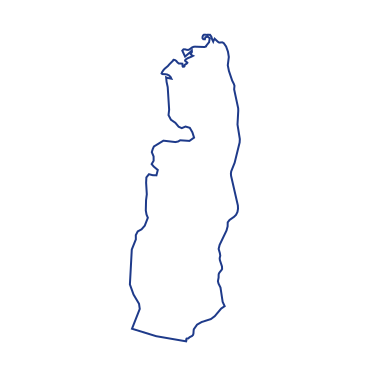 the Region of Mtwara, rotated 296°
{"feature_id": "TZA-3388", "entity_name": "Mtwara", "entity_type": "Region", "adm_level": 1, "iso_a3": "TZA", "parent_name": "United Republic of Tanzania", "parent_adm1": "", "projection": "orthographic", "projection_center": [39.572, -10.772], "detail": "fine", "context": "isolated", "style": "outline", "palette": "blue", "viewbox_px": 384, "rotation_deg": 296, "n_neighbors": 0, "source": "natural_earth", "source_scale": "10m", "svg_char_len": 2554}
<svg xmlns="http://www.w3.org/2000/svg" viewBox="0 0 384 384"><g transform="rotate(296 192 192)"><path d="M339.7,155.3L337.7,158.9L333.9,162.8L329.5,165.9L321.6,168.6L317.0,172.1L309.8,179.2L307.5,182.2L306.1,183.6L302.7,184.9L287.5,196.8L285.2,198.0L272.6,203.3L260.5,211.8L257.4,213.1L237.0,217.5L227.7,218.2L225.6,218.9L223.7,220.0L199.9,239.2L197.1,240.7L194.0,241.6L190.8,241.6L188.2,240.7L183.3,238.0L180.4,237.4L176.7,239.1L172.5,239.9L156.6,240.0L152.5,240.9L149.3,243.8L147.2,245.3L144.6,245.9L143.0,246.9L138.2,251.6L136.0,252.8L134.7,252.7L132.1,252.1L130.6,251.9L129.3,252.2L126.8,253.4L123.2,254.4L121.3,256.0L118.6,259.5L106.7,267.7L103.7,271.4L100.0,269.3L90.4,266.9L86.1,264.7L79.4,257.7L75.0,254.7L69.4,253.8L68.2,254.2L65.5,255.3L64.1,255.6L62.7,255.2L60.3,253.4L59.1,253.0L58.7,252.8L58.1,251.7L57.9,251.4L57.1,251.4L56.5,251.7L56.2,252.0L55.2,252.2L46.7,223.0L42.8,198.0L64.0,196.3L68.3,193.4L74.2,184.4L81.7,176.7L113.9,163.1L124.8,162.3L128.6,160.4L132.8,160.5L136.3,163.0L141.0,164.3L149.5,163.6L151.8,161.0L155.1,158.6L164.5,154.3L170.1,152.4L180.2,146.7L185.1,144.6L189.1,145.5L189.9,149.4L191.4,152.7L196.8,151.6L198.1,146.4L199.4,143.5L203.3,143.8L207.1,141.9L210.2,138.4L213.3,137.9L216.2,137.8L225.6,143.8L229.6,155.2L231.3,157.4L233.3,158.7L236.8,167.3L241.8,170.0L245.8,166.2L248.7,161.9L248.0,157.5L244.9,154.8L244.8,151.4L246.9,146.7L247.7,141.4L250.8,137.2L255.9,135.4L275.6,124.2L279.8,120.9L283.7,118.5L283.8,120.1L284.8,123.8L286.0,122.3L286.7,120.3L286.7,118.1L286.1,116.2L285.0,113.7L285.2,112.7L286.7,112.6L289.0,112.9L290.8,113.4L294.6,115.1L296.9,115.7L301.8,117.4L302.4,117.3L302.8,117.5L303.1,118.8L302.9,120.4L302.1,122.1L301.7,123.9L302.7,126.0L303.1,127.1L302.2,127.7L301.0,128.3L300.6,129.0L301.3,130.0L301.9,130.1L302.5,129.8L303.1,129.7L305.2,131.0L306.1,131.2L306.5,130.2L306.6,128.9L307.0,128.2L307.7,128.1L309.0,128.6L310.5,129.6L313.3,132.1L314.8,133.2L314.8,132.1L315.0,131.3L315.3,130.6L315.7,129.8L316.6,130.4L317.3,130.6L318.1,130.4L319.1,129.8L317.0,129.1L310.7,126.4L314.8,121.3L316.5,121.8L317.2,123.2L317.5,125.0L318.2,126.5L319.2,127.3L322.0,128.7L323.2,129.8L323.9,130.9L327.8,139.7L329.0,140.8L329.3,140.6L333.4,141.5L334.0,141.7L337.9,140.6L338.5,138.1L337.0,136.2L334.9,136.6L334.3,135.2L334.8,134.1L335.9,133.5L337.4,133.3L338.5,133.7L339.1,134.7L339.5,136.0L340.2,137.1L341.2,139.3L340.1,141.3L338.1,143.1L336.5,145.1L337.3,145.0L338.9,145.1L339.7,145.1L338.4,149.3L338.2,150.6L338.5,151.6L339.2,152.5L339.8,153.7L339.7,155.3Z" fill="none" stroke="#1e3a8a" stroke-width="2"/></g></svg>